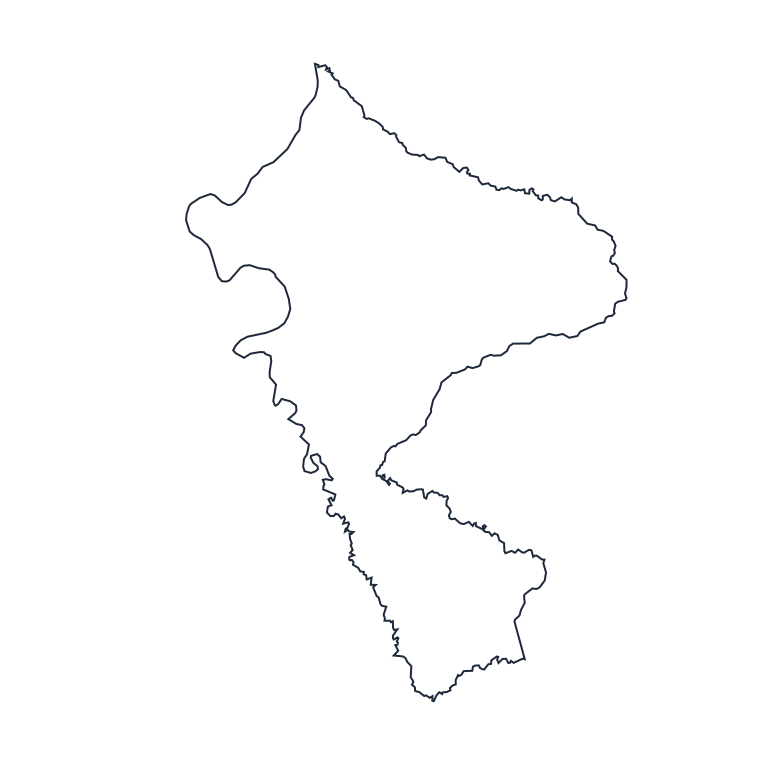 Carolina, Maranhão, Brazil, rotated 10°
{"feature_id": "56859067B38321645183577", "entity_name": "Carolina", "entity_type": "district", "adm_level": 2, "iso_a3": "BRA", "parent_name": "Brazil", "parent_adm1": "Maranhão", "projection": "robinson", "projection_center": [-47.173, -7.453], "detail": "fine", "context": "isolated", "style": "outline", "palette": "slate", "viewbox_px": 768, "rotation_deg": 10, "n_neighbors": 0, "source": "geoboundaries", "source_scale": "gbopen_adm2", "svg_char_len": 6151}
<svg xmlns="http://www.w3.org/2000/svg" viewBox="0 0 768 768"><g transform="rotate(10 384 384)"><path d="M189.1,281.3L202.2,307.4L206.4,310.9L210.7,310.6L213.9,308.7L222.4,294.5L225.6,291.8L231.1,290.3L240.7,291.7L251.1,291.3L255.3,293.1L257.9,295.2L258.6,297.2L269.3,305.3L275.4,316.6L278.7,326.4L277.7,334.5L275.3,341.5L270.0,347.2L264.9,350.6L258.9,354.1L241.4,361.1L235.4,365.7L231.3,371.9L229.6,377.0L232.6,379.4L241.6,382.5L247.3,377.3L256.5,374.0L260.4,373.6L262.0,375.0L267.4,376.1L269.0,380.9L269.3,392.3L270.4,397.3L277.8,403.3L277.9,420.0L280.0,423.7L281.2,424.2L283.3,422.1L285.8,416.5L294.6,417.3L301.0,420.4L302.4,425.2L301.7,427.9L295.9,435.2L304.7,438.6L310.3,438.7L313.3,441.4L313.3,445.4L310.9,450.3L320.6,456.6L320.4,466.5L318.3,471.3L318.3,474.0L318.8,479.7L320.9,483.6L327.5,484.3L331.7,481.9L333.7,479.3L332.9,476.6L328.1,473.9L324.6,469.2L324.7,467.4L330.3,464.6L333.7,466.7L335.2,472.1L340.7,474.9L346.1,483.8L350.0,486.3L349.2,488.0L343.4,487.8L340.4,489.0L342.8,493.2L342.1,494.8L342.4,498.4L355.3,501.2L354.9,507.3L353.7,507.9L351.7,505.2L349.3,507.2L353.4,512.5L350.0,514.5L350.1,520.5L354.3,523.4L357.7,522.5L358.8,520.2L361.8,520.5L365.2,523.6L367.6,521.4L369.0,523.3L368.0,528.7L372.8,526.4L373.9,527.9L372.8,532.1L371.4,533.2L371.2,536.2L373.6,533.9L375.6,535.4L379.6,535.1L377.8,537.4L376.2,537.7L377.4,542.3L380.0,546.8L379.2,548.5L382.0,553.0L379.9,556.1L384.2,557.8L380.0,560.2L379.9,562.0L380.8,563.5L383.0,562.9L385.0,564.8L384.8,567.4L390.5,569.5L393.2,572.7L396.7,572.5L397.0,574.9L399.6,575.4L400.9,579.5L405.4,576.8L405.8,584.0L410.7,583.3L408.6,586.1L413.5,594.0L415.8,595.2L418.9,601.6L420.6,602.8L424.9,602.9L423.7,611.3L425.6,614.7L425.6,617.0L431.1,616.1L432.3,617.4L433.9,616.1L435.3,622.7L436.7,624.5L439.7,623.3L436.5,630.3L436.9,632.7L438.0,633.9L441.2,631.2L442.3,631.9L441.3,635.2L442.7,636.5L442.5,638.4L440.5,639.2L444.3,644.2L440.8,649.7L449.9,649.0L452.7,650.2L455.3,653.8L459.9,657.0L461.2,668.1L464.7,672.1L463.7,675.2L467.0,677.2L468.0,680.9L472.3,681.3L477.8,684.3L479.5,683.3L483.5,685.1L485.9,683.0L486.6,687.5L488.1,687.7L489.7,681.6L491.9,678.0L495.0,679.2L495.1,677.6L499.4,676.4L502.7,674.0L501.7,672.0L503.8,669.1L506.8,667.4L506.0,663.0L507.5,657.8L508.6,658.5L510.6,657.0L512.4,652.9L520.7,651.1L520.7,646.8L522.9,645.3L526.4,644.7L528.1,647.2L532.1,647.9L535.5,641.8L538.0,641.1L537.7,637.6L542.3,632.8L543.8,632.9L543.3,635.8L545.2,638.9L548.4,634.2L551.9,633.4L554.9,637.2L556.6,636.5L557.1,634.6L560.1,636.1L568.4,630.3L570.4,630.6L553.7,595.2L554.1,593.1L557.6,588.5L558.2,582.5L560.6,575.1L558.7,568.4L559.2,566.6L565.6,559.6L569.7,559.4L572.6,557.3L576.4,549.6L576.3,541.5L572.0,532.7L572.5,529.1L570.1,529.4L564.2,526.5L562.2,526.9L561.0,528.4L558.1,522.2L555.5,522.2L551.4,525.7L549.2,525.8L544.9,523.7L542.4,527.5L538.6,526.2L533.0,529.6L531.5,527.5L529.9,519.8L524.8,518.0L522.3,512.9L518.8,511.9L516.5,514.8L513.2,511.7L509.5,512.1L507.2,510.2L499.2,508.0L498.6,504.9L496.9,505.8L496.0,508.4L491.4,505.0L487.1,508.0L483.3,508.0L477.1,504.2L474.2,505.4L472.2,504.9L470.7,502.2L472.0,498.3L470.2,495.3L466.6,492.7L465.9,488.3L466.9,485.3L465.8,483.5L462.3,484.8L460.7,483.4L458.1,483.9L455.8,481.9L451.9,482.2L450.2,480.9L446.1,484.7L445.5,489.5L443.3,488.7L440.6,481.2L439.0,481.2L434.8,482.2L431.4,484.6L427.1,485.5L425.6,484.7L421.3,487.9L421.5,484.0L420.3,482.6L414.4,480.9L413.7,478.8L407.9,477.6L406.4,475.6L404.4,479.1L407.1,481.1L406.5,482.5L403.0,479.1L399.7,478.1L400.9,475.7L400.1,473.3L398.9,473.8L397.9,477.0L396.1,475.0L392.7,475.6L391.9,471.3L394.4,467.4L394.7,464.6L396.2,464.1L396.6,460.9L398.1,460.0L397.8,452.1L401.8,445.3L404.5,443.3L406.2,443.4L407.5,440.7L415.6,435.5L419.2,429.9L421.8,428.5L424.1,428.8L427.5,425.5L428.2,423.2L432.4,417.5L431.7,412.5L435.3,403.4L434.6,400.9L435.2,391.2L439.7,379.4L440.3,372.4L448.2,363.7L448.8,361.4L453.4,360.4L461.2,355.6L463.3,352.4L468.3,353.0L473.8,350.3L475.5,348.7L476.0,343.3L477.2,340.8L484.0,336.7L486.8,337.1L494.1,335.5L499.3,330.3L500.9,324.8L504.1,321.8L520.6,318.8L526.6,311.9L533.4,309.2L537.6,306.0L544.9,306.3L551.4,303.7L558.4,306.3L566.2,303.1L568.3,298.3L584.2,287.5L590.2,285.0L591.0,280.3L593.7,278.0L596.8,277.2L598.8,274.3L597.8,272.7L597.7,264.9L600.1,262.4L607.2,259.2L607.9,257.4L605.6,252.9L606.0,247.2L605.1,241.0L604.6,239.2L594.6,232.1L594.7,230.3L593.1,227.4L590.2,225.5L588.2,226.1L585.3,223.9L585.8,218.9L587.5,217.8L588.6,214.9L587.4,212.1L588.1,207.8L585.6,203.7L583.5,202.2L583.0,199.3L573.5,195.1L567.5,194.9L564.3,191.2L556.2,190.8L545.8,182.7L544.6,176.6L542.1,173.6L537.4,172.6L536.7,168.8L535.3,170.7L529.8,170.9L526.2,169.3L520.6,174.5L516.4,174.0L514.9,171.1L511.8,169.3L507.7,171.2L508.3,174.8L507.3,175.7L503.7,174.4L503.1,171.6L500.8,171.8L497.0,168.3L497.3,166.3L495.4,165.7L493.5,167.7L494.0,171.3L489.7,171.7L488.3,167.9L485.0,169.6L482.5,169.3L481.0,170.7L474.9,169.9L472.4,168.5L467.9,171.2L465.8,170.8L463.8,173.1L461.0,173.1L459.4,170.2L454.8,170.2L451.8,168.2L446.1,170.4L442.1,167.1L440.7,164.1L432.2,163.7L432.1,162.0L429.6,162.3L428.8,161.0L430.0,158.6L427.9,156.5L424.5,157.5L421.4,162.0L415.2,158.4L413.4,155.6L407.7,154.3L405.2,150.5L397.8,151.2L394.7,153.8L391.3,154.9L387.3,154.4L383.5,151.1L379.3,153.5L377.6,152.5L371.8,153.2L367.4,152.2L365.6,151.1L364.5,147.7L360.9,145.2L360.2,143.5L356.9,143.3L353.0,138.4L352.9,136.7L350.7,135.2L346.3,136.9L343.7,134.8L338.9,133.5L338.1,131.0L334.2,128.3L329.2,126.3L322.6,125.0L321.0,125.9L317.7,124.7L318.1,122.9L313.8,114.2L305.0,109.9L303.9,107.7L301.8,107.4L295.7,101.1L288.8,98.6L286.4,93.4L282.6,92.5L278.6,88.5L279.5,87.0L274.7,85.9L276.3,84.6L275.3,82.4L272.3,84.3L272.8,81.9L270.8,80.3L264.3,83.3L264.0,81.3L260.4,80.7L266.1,96.7L267.0,103.0L266.5,111.1L265.8,114.0L257.8,128.4L256.0,136.2L256.6,148.6L253.7,153.8L248.1,169.3L236.6,184.8L226.8,191.3L223.0,198.8L217.6,205.1L213.7,220.1L206.3,231.0L202.4,234.0L199.3,234.8L192.9,233.0L184.6,227.7L180.0,227.1L170.2,232.8L162.4,240.3L161.2,242.9L160.1,250.7L160.6,257.0L166.1,267.5L170.7,270.4L178.6,273.0L186.0,277.8L189.1,281.3ZM507.2,510.2L509.1,506.6L507.4,505.6L506.0,507.0L507.2,510.2Z" fill="none" stroke="#1e293b" stroke-width="2"/></g></svg>